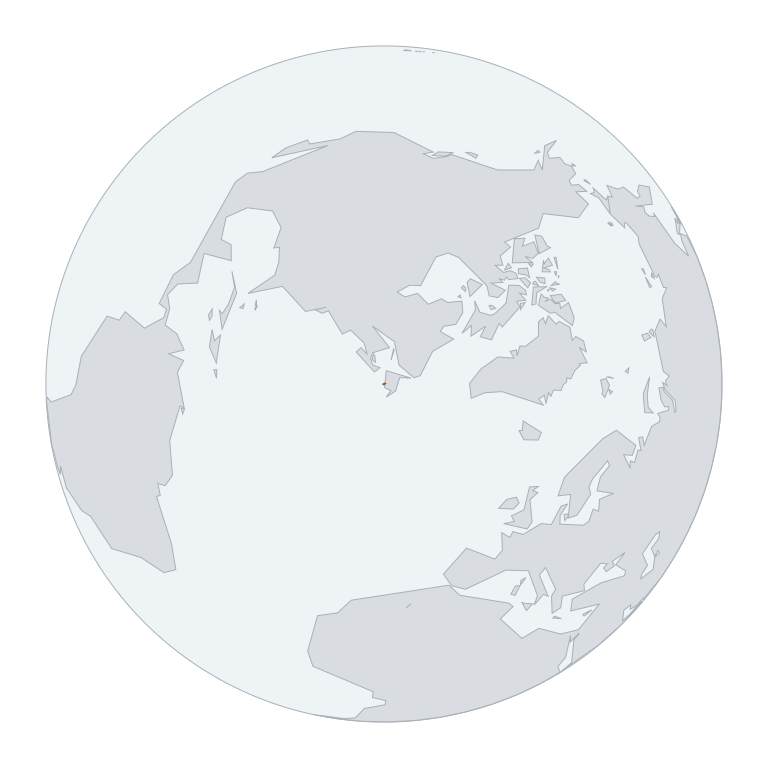 Miquelon-Langlade on an orthographic globe, rotated 74°
{"feature_id": "SPM-4867", "entity_name": "Miquelon-Langlade", "entity_type": "Commune", "adm_level": 1, "iso_a3": "SPM", "parent_name": "Saint Pierre and Miquelon", "parent_adm1": "", "projection": "orthographic", "projection_center": [-56.329, 46.961], "detail": "fine", "context": "on_globe", "style": "filled", "palette": "amber", "viewbox_px": 768, "rotation_deg": 74, "n_neighbors": 0, "source": "natural_earth", "source_scale": "10m", "svg_char_len": 10340}
<svg xmlns="http://www.w3.org/2000/svg" viewBox="0 0 768 768"><g transform="rotate(74 384 384)"><circle cx="384" cy="384" r="338" fill="#eef3f6" stroke="#a8b0b8"/><path d="M306.8,713.0L304.1,711.3L309.6,708.9L308.0,687.7L299.8,680.4L273.9,667.3L242.4,631.4L249.7,621.0L243.3,612.8L264.3,598.9L259.5,577.5L252.3,572.4L244.7,577.9L220.9,556.3L213.8,536.6L148.7,471.0L143.7,457.1L146.4,442.0L139.3,372.3L135.6,429.5L130.0,413.4L128.3,390.2L132.8,389.2L136.3,358.7L133.4,341.2L145.0,305.1L174.6,272.8L173.4,282.8L180.7,274.5L182.6,261.9L182.1,255.7L209.6,215.8L219.6,180.9L211.5,174.1L222.1,172.9L199.2,163.8L197.4,151.0L206.4,163.2L212.6,162.8L214.8,152.4L221.7,149.8L226.7,143.6L234.7,141.8L239.3,149.9L244.6,149.1L245.9,141.9L254.7,136.1L252.1,146.7L267.2,137.8L277.7,151.4L264.1,184.0L276.8,192.4L280.8,228.9L287.3,224.7L292.9,237.0L302.5,237.0L300.5,244.5L309.8,238.2L309.8,231.5L313.9,226.6L319.5,226.2L318.0,235.4L315.0,236.9L317.4,239.5L314.3,244.4L319.0,241.8L316.5,253.4L327.3,241.6L332.3,250.7L328.3,258.6L317.9,258.0L283.0,277.3L275.8,286.3L276.2,299.0L299.5,321.7L296.1,332.1L299.3,346.0L306.1,339.8L306.1,326.8L319.6,319.4L317.9,305.2L323.2,300.4L325.8,286.3L337.0,288.5L346.5,298.5L344.9,310.5L349.1,315.5L360.0,304.6L366.1,328.3L386.0,346.9L386.3,353.4L370.0,364.3L346.2,362.3L325.0,379.2L350.5,368.7L350.9,386.5L355.9,390.0L362.7,389.6L367.2,383.3L369.8,389.8L345.5,401.9L342.8,396.1L350.5,392.1L339.3,391.7L323.0,401.2L324.5,410.2L298.3,417.3L299.0,424.0L293.7,429.8L294.3,418.4L292.7,439.4L262.1,454.7L259.4,489.8L249.3,459.0L238.0,451.6L223.7,446.7L222.9,452.4L205.3,439.8L187.0,443.4L176.9,466.8L180.2,489.8L200.2,500.6L207.8,492.6L223.4,496.8L208.9,521.0L235.6,535.4L231.0,554.6L238.3,567.4L252.5,569.2L267.0,578.1L278.4,569.4L296.2,566.8L295.6,582.8L306.2,570.1L315.7,579.4L351.9,582.7L348.9,586.1L379.2,605.6L413.4,612.5L421.4,622.4L417.2,628.9L429.3,629.7L429.5,633.7L479.0,632.3L505.1,635.3L504.7,647.5L483.8,665.4L467.2,691.1L430.3,702.5L422.4,709.5L396.3,717.9L373.7,717.5L381.8,720.0L370.6,720.7L356.5,720.0L355.5,720.5L345.1,719.5L353.1,720.5L352.0,720.4L306.8,713.0ZM68.6,271.2L71.4,265.7L69.0,272.7L68.6,271.2ZM73.6,260.1L72.5,262.5L73.5,260.1L73.6,260.1ZM74.7,256.9L73.9,259.2L74.5,257.0L74.7,256.9ZM75.8,253.1L75.3,255.0L75.8,253.1ZM256.1,500.6L286.8,524.6L267.9,521.9L271.8,520.0L264.3,511.4L249.9,501.0L233.7,499.1L256.1,500.6ZM78.6,246.0L79.4,244.0L79.2,245.2L78.6,246.0ZM273.3,486.3L267.8,483.5L273.4,484.9L273.3,486.3ZM180.7,253.5L181.9,262.0L177.7,274.7L175.9,267.8L180.7,253.5ZM189.8,230.8L192.3,233.6L184.0,241.4L185.2,237.3L189.8,230.8ZM204.2,170.3L203.8,175.9L201.8,171.4L204.2,170.3ZM226.0,143.1L223.9,142.5L227.4,139.6L226.0,143.1ZM319.4,286.2L322.5,286.3L320.4,288.8L319.4,286.2ZM317.6,280.2L313.0,283.1L311.4,280.7L314.3,278.9L317.6,280.2ZM242.9,134.3L249.1,130.3L243.6,135.7L242.9,134.3ZM323.7,277.3L309.3,276.1L306.7,272.0L315.5,262.0L323.7,277.3ZM253.3,128.9L268.4,119.6L265.1,117.1L283.0,119.6L264.3,126.2L257.9,133.1L258.0,128.9L253.3,128.9ZM307.4,229.5L307.6,236.7L302.2,231.2L307.4,229.5ZM302.9,227.3L280.3,218.6L282.7,208.4L289.8,213.1L288.7,200.6L301.0,199.8L304.3,206.4L300.3,213.1L308.1,207.8L302.9,227.3ZM290.6,122.8L294.9,122.0L291.2,124.4L290.6,122.8ZM315.1,224.3L310.3,223.2L312.1,214.2L321.9,214.7L318.2,217.4L315.1,224.3ZM282.4,197.9L285.4,191.6L296.2,189.1L298.8,186.4L301.5,198.9L282.4,197.9ZM320.7,219.3L326.9,215.2L331.2,219.3L319.9,224.7L320.7,219.3ZM308.4,211.7L309.7,207.5L312.1,210.0L308.4,211.7ZM350.0,232.2L344.2,230.7L344.6,225.8L350.0,232.2ZM328.9,213.5L327.4,212.1L326.9,210.1L331.8,208.5L328.9,213.5ZM308.9,196.5L312.7,196.9L308.3,191.2L316.2,189.4L316.5,198.3L319.7,193.7L322.1,193.2L319.7,201.1L308.9,196.5ZM335.3,200.9L338.4,212.2L349.0,215.8L348.9,220.2L331.9,213.6L335.3,200.9ZM326.4,200.3L331.9,201.6L329.0,206.1L323.4,208.0L326.4,200.3ZM321.5,185.2L309.3,185.6L309.6,183.7L321.5,185.2ZM339.0,201.0L338.1,198.4L340.1,200.7L339.0,201.0ZM327.5,188.9L323.1,189.2L323.6,187.1L327.5,188.9ZM340.1,193.0L341.1,196.5L337.4,197.8L340.1,193.0ZM334.8,190.4L336.5,187.4L335.4,196.1L332.8,190.8L334.8,190.4ZM328.7,186.9L327.6,185.7L330.4,187.1L328.7,186.9ZM353.8,186.4L353.2,197.1L344.9,199.8L346.6,188.9L353.8,186.4ZM646.0,170.5L662.7,194.3L661.2,193.5L666.3,201.8L668.4,209.3L664.3,207.7L667.6,215.9L677.3,219.9L673.2,211.4L663.3,196.1L667.3,200.7L664.7,195.9L680.6,222.0L694.0,249.6L708.9,292.5L703.6,280.5L682.2,271.9L678.5,266.1L678.0,265.7L677.3,265.2L683.3,276.0L677.0,273.9L696.8,284.8L703.5,294.8L709.4,294.1L710.7,299.1L710.3,296.1L709.4,292.9L715.4,318.0L719.5,343.5L721.6,369.2L721.7,395.1L719.9,420.8L716.1,446.3L710.4,471.5L702.8,496.2L693.3,520.2L682.0,543.4L684.1,538.9L694.5,514.9L697.1,503.6L690.5,492.3L692.6,471.5L688.8,469.5L682.2,481.6L676.8,479.1L672.0,485.2L635.8,530.1L619.7,531.0L588.4,511.8L591.2,491.7L582.8,475.2L595.3,377.0L607.9,369.4L629.1,324.4L633.5,321.3L641.9,337.0L666.5,321.5L661.6,302.5L673.0,283.2L673.8,264.9L654.9,237.7L653.6,267.1L642.7,262.3L635.0,230.1L634.6,205.7L630.3,203.2L621.6,211.1L612.3,198.7L617.5,213.5L622.2,212.5L625.6,222.1L621.5,223.7L618.4,219.0L616.0,225.1L631.5,247.0L637.9,248.3L637.1,271.1L647.8,275.8L650.8,285.6L634.0,281.4L628.6,275.5L604.9,279.3L610.5,287.3L633.2,284.7L630.2,288.7L637.9,300.8L629.7,294.8L603.3,296.7L596.5,318.2L603.8,362.2L596.5,374.6L583.1,379.3L564.5,349.9L582.9,325.7L576.6,316.1L559.2,311.8L566.3,305.2L561.4,300.8L567.0,291.7L561.5,271.4L565.2,261.9L550.1,247.3L550.0,240.7L559.0,251.0L567.2,253.5L574.7,231.2L572.4,224.9L562.0,217.5L565.4,212.8L554.3,208.6L552.3,194.0L545.4,208.7L533.0,201.6L524.7,189.7L519.4,190.3L532.9,209.8L539.3,215.4L546.9,215.7L563.4,234.7L563.6,243.9L541.6,235.0L539.5,247.6L523.3,236.1L496.9,188.8L492.5,173.3L512.5,158.8L521.0,165.1L518.0,173.1L532.7,170.6L525.8,168.4L528.6,164.8L517.4,158.1L518.9,155.3L505.7,154.0L506.2,149.9L514.6,150.8L498.5,138.4L496.1,129.3L491.8,127.9L487.8,129.0L487.5,117.4L484.3,116.9L483.2,120.5L476.1,122.1L463.5,120.8L464.0,116.8L468.7,116.7L479.3,111.1L491.5,112.3L490.5,110.6L480.0,108.7L467.0,115.4L459.3,115.8L464.2,111.6L461.8,113.2L458.2,112.2L455.0,107.6L449.1,112.0L407.8,109.0L397.7,100.8L406.7,96.9L378.5,93.0L369.3,85.7L368.3,88.7L354.1,90.0L356.8,92.2L355.2,93.9L320.0,100.1L312.1,99.0L295.8,106.7L295.3,108.5L300.2,109.6L283.0,119.6L265.1,117.1L267.2,113.0L254.5,114.9L261.1,105.7L260.7,99.5L275.3,89.4L273.7,86.0L268.8,87.2L263.0,84.1L267.8,74.6L285.2,76.6L282.2,93.2L285.3,85.5L290.9,85.9L295.9,82.5L297.5,77.6L293.8,77.9L328.8,65.8L345.2,55.9L328.7,58.2L321.1,57.6L325.4,52.1L348.4,48.0L372.3,46.3L396.2,46.3L420.1,48.0L443.8,51.4L467.2,56.5L490.2,63.2L512.7,71.5L534.5,81.4L555.6,92.9L575.8,105.8L595.0,120.0L613.2,135.7L630.2,152.5L646.0,170.5ZM602.8,418.5L605.2,424.2L605.3,424.3L602.8,418.5ZM642.0,190.9L636.5,176.5L625.2,171.5L622.2,165.8L619.4,166.5L624.4,171.3L615.7,172.3L608.4,162.5L602.0,159.7L603.6,164.5L618.4,182.4L631.0,180.7L638.1,189.0L642.0,190.9ZM353.0,582.5L357.3,585.9L351.4,585.6L353.0,582.5ZM264.5,528.4L271.4,530.6L274.7,534.2L269.3,533.7L264.5,528.4ZM324.1,540.8L332.3,543.4L323.5,543.7L324.1,540.8ZM291.9,527.7L317.5,539.4L300.2,541.6L284.2,534.2L295.7,535.1L291.9,527.7ZM268.5,496.2L272.6,498.7L270.9,501.7L268.5,496.2ZM277.3,487.4L275.6,487.3L273.9,483.9L277.3,487.4ZM352.3,385.8L354.3,385.0L360.9,386.2L357.2,388.7L352.3,385.8ZM393.9,374.7L397.2,385.5L392.3,379.2L387.7,384.4L371.8,378.2L385.7,356.5L382.2,367.2L393.9,374.7ZM354.3,364.9L362.9,370.6L353.0,365.2L354.3,364.9ZM529.3,287.9L535.6,286.9L539.9,294.1L535.1,308.1L528.8,297.7L529.3,287.9ZM543.5,284.1L523.0,272.4L525.1,263.9L527.4,270.5L530.8,266.0L535.4,275.6L557.5,279.7L562.8,286.4L551.2,307.4L552.1,296.6L545.9,297.9L543.5,284.1ZM466.8,263.9L457.9,260.4L474.0,246.1L480.4,251.1L476.2,264.8L466.0,267.1L466.8,263.9ZM342.0,260.6L337.6,261.5L338.0,258.8L342.1,255.8L342.0,260.6ZM347.3,231.9L361.8,254.7L357.5,256.6L371.2,268.5L365.1,278.5L356.4,270.2L362.0,287.2L351.8,283.8L356.8,295.0L338.1,275.7L329.1,273.9L341.5,272.0L347.3,262.8L347.1,258.3L339.9,244.4L323.4,236.7L326.5,226.9L333.1,222.1L337.6,222.5L334.1,228.6L342.6,224.7L341.0,233.8L347.3,231.9ZM408.8,180.7L403.0,186.0L419.6,182.9L418.1,190.7L420.1,189.9L423.3,196.5L430.7,203.2L428.4,206.6L432.3,207.8L434.5,212.5L439.0,215.4L436.5,222.7L441.9,227.1L437.6,228.1L447.5,233.7L439.1,232.9L441.1,239.4L448.2,236.7L423.9,272.6L420.2,289.3L421.8,304.1L407.1,301.6L396.3,286.7L389.4,267.1L395.0,251.8L387.4,253.8L387.8,247.3L393.7,248.4L384.9,242.8L386.8,237.8L380.7,222.4L366.8,218.3L364.2,212.9L370.6,212.0L363.6,207.3L373.9,202.2L372.2,198.3L380.8,189.7L394.0,190.9L391.2,186.5L397.6,180.3L408.8,180.7ZM356.5,184.1L372.7,182.9L379.8,186.8L362.0,200.2L362.0,204.4L350.9,213.9L340.8,208.1L344.9,205.9L346.5,202.4L349.0,205.6L348.3,200.5L353.9,197.4L354.9,192.7L359.9,193.5L356.5,184.1ZM632.0,311.6L634.2,308.2L636.2,301.7L641.1,309.6L632.0,311.6ZM614.3,313.2L615.4,309.0L623.3,316.2L621.0,320.0L614.3,313.2ZM609.2,300.9L614.8,308.2L610.4,306.5L609.2,300.9ZM559.2,247.0L559.5,242.6L562.2,243.6L565.1,247.9L559.2,247.0ZM457.9,175.5L453.4,177.3L451.9,175.7L439.8,174.6L439.9,169.1L447.3,167.6L457.9,175.5ZM658.5,246.3L662.2,255.6L660.4,256.4L659.5,253.0L658.5,246.3ZM654.3,284.1L658.4,278.1L655.5,286.3L654.3,284.1ZM456.1,169.3L451.1,169.4L454.2,166.6L456.1,169.3ZM439.4,165.1L442.0,161.5L438.5,168.3L439.4,165.1ZM450.3,126.7L467.0,133.9L479.1,136.5L486.0,133.3L483.4,141.3L464.7,137.4L450.3,126.7ZM413.0,111.3L407.0,114.9L404.8,111.9L405.8,110.7L413.0,111.3ZM412.8,114.5L414.5,121.7L407.9,122.8L407.9,116.8L412.8,114.5ZM436.0,144.2L440.9,146.6L438.2,148.6L436.0,144.2ZM312.9,53.7L309.7,55.1L294.9,58.6L292.3,59.0L300.1,56.7L307.5,54.9L311.9,53.9L312.9,53.7ZM304.6,56.7L311.6,55.3L321.6,58.7L320.0,60.5L304.6,58.6L310.4,57.3L310.6,56.2L304.6,56.7ZM294.3,120.0L294.8,121.9L291.7,121.2L294.3,120.0ZM357.0,95.1L354.4,97.3L350.7,96.1L357.0,95.1ZM345.0,102.9L351.0,102.6L344.4,104.5L345.0,102.9ZM364.4,102.0L353.2,103.3L364.2,99.8L364.4,102.0Z" fill="#d9dde1" stroke="#a8b0b8" stroke-width="1"/><path d="M384.2,384.4L384.4,384.5L384.2,384.9L383.9,385.0L383.8,384.9L383.7,384.7L383.8,384.6L384.0,384.3L384.0,384.0L383.8,383.6L383.8,383.3L383.7,383.2L383.8,383.0L383.9,382.9L383.9,383.0L384.0,383.2L384.1,383.3L384.3,383.5L384.2,383.7L384.2,383.8L383.9,383.8L384.0,383.9L384.1,384.0L384.1,384.3L384.2,384.4Z" fill="#f59e0b" stroke="#b45309" stroke-width="1.5"/></g></svg>